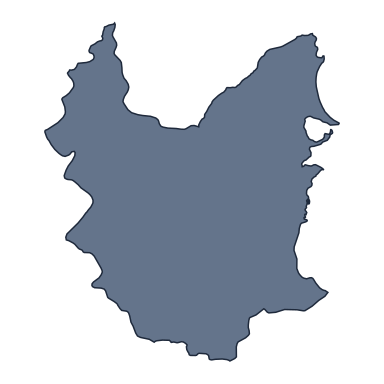 Nacala-A-Velha, Nampula, Mozambique (Mercator projection)
{"feature_id": "85939544B78261911608408", "entity_name": "Nacala-A-Velha", "entity_type": "district", "adm_level": 2, "iso_a3": "MOZ", "parent_name": "Mozambique", "parent_adm1": "Nampula", "projection": "mercator", "projection_center": [40.472, -14.556], "detail": "fine", "context": "isolated", "style": "filled", "palette": "slate", "viewbox_px": 384, "rotation_deg": 0, "n_neighbors": 0, "source": "geoboundaries", "source_scale": "gbopen_adm2", "svg_char_len": 5873}
<svg xmlns="http://www.w3.org/2000/svg" viewBox="0 0 384 384"><path d="M114.6,23.0L113.5,24.2L108.9,25.1L106.2,26.5L104.7,26.9L104.3,27.5L104.2,29.0L103.2,31.6L102.5,35.5L101.8,36.1L102.8,38.2L102.5,39.8L101.3,40.7L99.6,41.0L97.4,41.9L94.9,43.9L91.2,45.8L90.7,46.5L89.1,50.2L89.0,51.0L89.6,52.5L92.9,53.8L93.6,54.9L94.0,56.0L94.1,57.5L93.3,59.4L89.8,61.6L86.4,62.5L78.2,63.3L77.6,64.1L76.4,67.0L74.4,69.4L71.6,70.1L69.6,70.0L69.1,71.2L67.7,72.7L67.5,73.2L68.5,75.3L70.4,77.7L71.5,78.7L73.1,81.4L73.7,83.1L73.9,85.8L73.4,87.4L69.4,92.9L66.1,95.7L62.8,97.7L62.0,98.8L61.9,99.5L64.8,106.9L65.4,111.8L65.1,113.9L63.1,117.5L57.9,122.7L47.6,129.4L45.4,130.3L45.0,130.9L44.9,132.0L46.6,136.9L47.7,139.1L49.0,140.6L51.2,144.6L54.8,149.4L58.9,153.3L60.6,154.6L62.5,155.8L65.1,156.4L68.6,155.1L69.8,154.3L71.8,151.8L74.3,151.4L75.1,152.6L74.8,155.7L72.3,160.6L68.3,165.9L66.1,170.2L64.2,175.6L64.5,177.2L65.0,178.3L66.6,179.1L67.9,179.5L71.5,179.8L72.9,180.4L74.8,181.8L78.2,184.7L81.0,187.9L88.3,193.1L90.0,194.7L91.8,197.0L93.0,200.1L93.0,202.4L92.7,203.5L90.8,207.1L88.7,209.5L86.5,212.5L85.9,212.9L82.9,217.2L78.0,223.1L67.0,233.9L65.8,237.2L66.3,239.9L68.9,240.7L73.3,243.1L74.9,244.3L78.1,248.0L79.3,249.0L81.7,249.9L82.4,250.5L83.2,251.9L84.2,252.5L89.7,252.7L92.0,253.9L94.2,256.1L101.0,268.0L102.1,270.6L102.3,272.1L101.2,274.8L99.0,277.9L93.6,281.9L92.1,283.7L91.9,285.3L92.5,286.6L94.6,287.7L101.2,288.1L104.2,289.1L105.6,290.9L107.7,297.3L108.5,298.1L114.1,301.5L116.6,303.4L117.6,304.5L117.7,305.1L120.0,308.6L121.7,310.4L126.7,311.2L128.1,312.2L128.7,313.1L129.7,316.0L131.0,322.2L133.1,326.1L135.7,333.0L137.5,336.0L140.4,337.4L149.3,339.3L154.2,342.2L155.1,341.4L156.5,340.8L162.5,340.1L169.3,340.3L170.9,341.7L170.9,342.1L171.3,342.4L173.8,342.0L176.7,342.7L177.8,342.7L181.4,341.7L183.4,342.0L185.6,343.4L187.0,344.8L186.9,345.9L186.4,346.7L186.8,349.6L187.9,351.8L188.8,353.1L189.2,354.7L190.3,355.4L195.4,355.5L196.6,355.2L197.8,353.9L199.0,353.3L206.2,353.8L207.8,354.8L208.6,355.6L209.1,358.4L209.3,359.1L210.1,359.6L211.7,359.9L215.3,359.3L222.2,359.0L226.9,359.6L228.9,360.3L229.9,361.0L234.8,358.5L236.4,356.9L236.3,346.9L237.1,343.7L238.1,341.9L245.6,337.8L248.4,335.3L249.4,333.8L249.1,330.6L248.3,327.6L248.3,325.0L248.8,320.5L249.4,318.2L250.0,317.5L256.1,314.9L263.8,308.8L264.8,309.4L267.3,312.2L268.9,312.9L275.7,312.3L284.6,309.5L297.1,309.8L303.3,310.8L304.9,310.7L312.1,306.2L318.9,300.3L324.9,296.3L327.9,292.4L325.2,290.6L323.8,290.3L322.1,289.6L319.6,287.8L315.8,283.1L313.5,279.3L312.7,278.3L311.5,277.7L309.8,277.8L306.6,278.8L303.6,278.1L301.8,277.0L299.5,274.4L298.5,272.9L296.8,268.5L296.9,259.0L294.0,250.4L294.2,246.8L298.9,232.8L299.3,228.4L300.5,224.3L301.5,223.2L305.6,221.9L306.8,221.3L307.2,220.7L307.1,220.2L306.8,219.9L304.3,219.1L304.0,217.8L304.3,217.4L305.2,217.5L305.5,217.1L304.7,214.9L304.9,214.4L306.1,214.6L306.2,213.5L306.8,212.8L306.2,211.5L305.3,210.5L305.1,209.3L306.5,207.6L306.2,206.3L307.0,204.2L307.2,202.3L306.6,200.8L307.5,199.4L307.8,199.2L308.2,199.3L308.4,200.2L308.2,202.0L308.4,202.9L308.0,203.5L308.2,203.9L308.9,203.9L309.3,203.5L309.6,201.7L309.4,200.3L308.7,199.1L308.5,197.2L308.2,196.3L307.1,195.3L306.5,193.8L306.7,190.5L308.0,188.2L310.9,186.6L311.8,185.5L312.1,183.7L311.2,181.6L311.9,179.1L314.1,177.0L315.8,176.2L316.1,175.1L317.8,173.7L320.6,170.4L321.9,169.6L323.4,169.7L323.5,169.5L322.7,168.6L320.6,167.2L315.6,164.7L313.8,164.8L311.7,165.9L310.8,166.0L308.1,165.6L305.4,164.8L304.8,165.0L303.7,166.3L302.2,166.7L302.1,165.3L301.7,164.5L301.8,163.5L303.7,161.1L304.9,160.3L305.9,160.1L309.2,157.0L310.5,156.4L310.9,155.6L311.0,152.6L309.4,149.2L309.8,147.4L310.3,147.0L311.4,146.5L313.9,146.3L320.0,144.5L321.2,143.9L322.6,142.1L327.3,140.3L329.7,137.1L330.1,134.9L332.4,133.3L332.6,132.4L332.0,130.4L331.1,129.6L330.7,129.6L330.4,132.0L329.7,133.7L328.8,134.3L325.1,133.6L324.4,134.8L324.3,137.2L322.7,139.3L317.2,141.9L316.3,142.1L314.5,141.6L312.8,140.3L310.8,139.8L309.0,138.8L308.2,137.1L307.3,136.0L306.0,132.3L306.0,131.1L303.8,127.3L303.9,125.7L305.2,121.2L304.7,119.3L305.5,118.2L307.7,116.7L309.8,116.3L310.7,116.4L313.6,117.9L318.8,119.1L320.5,119.8L322.9,121.8L327.0,122.8L330.3,125.1L338.4,124.5L339.1,123.6L339.0,123.0L333.8,120.2L330.1,117.3L324.7,111.5L324.3,110.4L322.5,107.3L320.1,101.9L318.9,98.5L317.3,91.4L316.3,86.8L315.9,81.9L316.1,77.7L316.7,73.6L317.2,71.7L319.6,66.5L321.7,63.3L323.1,62.2L323.6,61.4L324.2,59.0L324.0,56.1L323.3,55.9L322.8,56.1L322.0,57.6L321.3,57.8L318.3,57.4L317.4,57.1L316.6,56.2L316.1,55.2L316.2,54.1L316.5,52.2L317.7,49.6L317.6,48.1L317.3,47.3L315.6,46.3L315.1,45.7L314.7,43.5L315.1,42.0L316.3,39.9L316.4,38.3L315.5,36.9L312.8,35.2L312.4,33.6L310.6,33.9L308.5,35.2L307.7,35.4L304.5,35.5L302.1,35.1L300.7,36.1L297.7,36.6L296.8,37.1L296.5,38.1L295.0,39.4L282.7,46.2L280.5,47.0L269.8,49.4L266.9,51.2L265.3,53.1L264.5,55.0L263.6,56.0L261.6,57.1L259.7,59.5L258.2,62.4L257.4,67.4L257.1,68.2L254.9,70.5L253.7,71.2L253.1,72.6L251.0,73.9L250.0,75.4L249.3,75.7L247.0,77.7L245.4,78.4L242.4,80.6L239.4,84.5L237.7,85.4L235.9,87.2L234.9,87.5L232.7,87.3L230.3,87.7L227.0,87.6L226.3,88.4L225.7,89.9L223.7,92.2L221.7,93.2L218.4,95.5L213.3,100.2L212.1,101.9L211.7,103.4L208.9,107.1L206.7,111.5L204.7,114.4L204.5,117.3L203.4,118.5L202.1,119.1L200.4,121.5L198.8,124.8L198.7,126.8L194.1,125.5L191.1,125.7L185.9,128.8L184.3,129.3L181.1,129.2L176.1,128.5L167.9,128.1L163.0,127.1L161.0,126.3L159.4,123.9L158.5,120.8L157.8,119.6L155.8,118.0L150.5,116.3L142.6,115.5L137.9,114.7L131.6,112.7L127.9,109.7L124.1,103.9L123.0,101.7L123.3,99.5L124.5,96.3L127.3,92.0L128.3,89.7L128.8,87.1L128.2,84.3L126.2,80.8L124.0,78.2L122.6,74.5L122.1,72.3L121.9,67.7L121.3,62.5L120.1,60.4L114.7,54.7L114.1,53.5L114.3,51.3L116.1,47.3L116.7,45.2L116.4,42.9L113.0,36.9L112.4,35.4L112.7,32.7L113.7,30.9L114.9,27.4L115.2,24.6L114.6,23.0Z" fill="#64748b" stroke="#1e293b" stroke-width="1.5"/></svg>